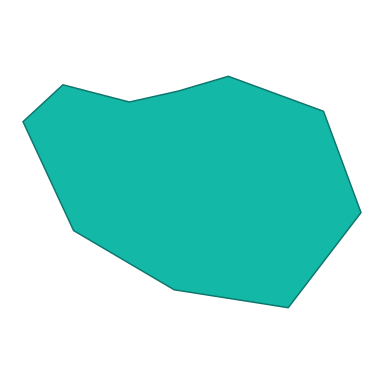 an SVG outline of Gwangju
{"feature_id": "KOR-2500", "entity_name": "Gwangju", "entity_type": "Metropolitan City", "adm_level": 1, "iso_a3": "KOR", "parent_name": "South Korea", "parent_adm1": "", "projection": "robinson", "projection_center": [126.912, 35.202], "detail": "fine", "context": "isolated", "style": "filled", "palette": "teal", "viewbox_px": 384, "rotation_deg": 0, "n_neighbors": 0, "source": "natural_earth", "source_scale": "10m", "svg_char_len": 257}
<svg xmlns="http://www.w3.org/2000/svg" viewBox="0 0 384 384"><path d="M228.3,76.3L323.5,111.3L361.0,212.6L288.2,307.7L174.2,289.8L73.6,230.6L23.0,121.7L62.9,84.8L129.2,102.0L177.7,91.2L228.3,76.3Z" fill="#14b8a6" stroke="#0f766e" stroke-width="1.5"/></svg>